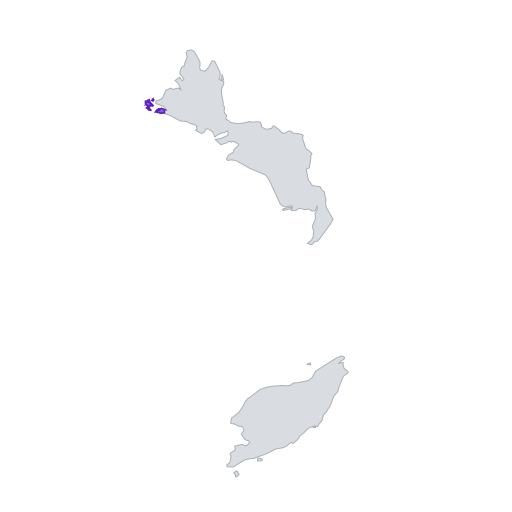 Kudat, Sabah, Malaysia (highlighted), rotated 260°
{"feature_id": "92858781B15931830971700", "entity_name": "Kudat", "entity_type": "district", "adm_level": 2, "iso_a3": "MYS", "parent_name": "Malaysia", "parent_adm1": "Sabah", "projection": "natural_earth1", "projection_center": [117.119, 7.0], "detail": "fine", "context": "in_parent", "style": "filled", "palette": "violet", "viewbox_px": 512, "rotation_deg": 260, "n_neighbors": 0, "source": "geoboundaries", "source_scale": "gbopen_adm2", "svg_char_len": 8098}
<svg xmlns="http://www.w3.org/2000/svg" viewBox="0 0 512 512"><g transform="rotate(260 256 256)"><path d="M433.5,254.5L430.8,254.0L427.0,251.3L423.1,250.3L411.9,250.3L410.3,249.5L408.1,251.0L404.2,249.7L402.0,249.9L399.5,251.5L396.0,250.0L394.3,252.4L392.0,254.0L389.6,260.4L389.1,268.1L389.6,272.9L388.4,275.5L388.0,280.9L387.1,283.3L383.9,284.3L382.6,283.5L379.7,286.8L379.0,288.2L378.9,293.4L381.1,295.2L381.1,296.3L376.5,300.6L372.5,303.2L371.9,305.4L373.4,310.0L372.8,312.2L370.7,313.3L369.1,319.2L367.2,323.0L366.5,323.4L363.7,322.2L353.1,323.8L350.0,326.9L347.0,328.9L344.6,327.0L343.4,327.2L333.5,323.8L333.1,321.0L332.1,320.5L321.9,320.7L315.5,323.7L313.2,331.2L309.8,332.0L307.3,334.5L302.9,334.3L300.2,334.9L295.9,333.7L291.8,333.6L278.8,338.3L274.6,334.9L261.9,321.6L260.1,319.3L259.7,315.2L258.3,314.4L257.8,313.3L257.6,312.1L259.6,308.8L261.6,313.1L264.8,315.5L270.2,317.1L275.4,316.6L282.5,321.0L284.8,321.6L287.3,321.3L291.7,324.7L294.5,324.8L290.9,322.5L290.2,320.7L290.6,318.8L293.0,316.1L293.3,312.0L295.1,307.9L295.5,306.0L294.2,304.5L293.9,302.0L294.9,298.5L297.3,300.3L299.3,299.8L299.3,293.4L300.8,290.7L303.3,288.8L327.7,282.4L331.7,280.9L334.4,279.0L343.2,265.4L353.6,252.7L355.0,248.2L355.0,245.0L355.6,244.3L356.7,243.8L359.0,245.5L360.2,246.7L362.4,252.2L364.4,252.4L367.8,257.6L368.6,258.2L369.6,257.9L372.3,254.6L373.0,252.1L372.4,251.7L373.7,248.9L372.6,247.1L371.7,240.7L377.8,236.1L377.8,241.3L379.5,249.0L382.6,250.1L384.2,249.6L383.3,247.3L383.0,242.8L382.2,239.8L380.3,236.1L385.4,235.2L389.3,231.2L389.9,228.6L387.4,227.1L386.4,225.2L386.4,223.1L390.4,218.2L390.9,219.6L393.4,220.0L394.6,219.9L396.4,218.0L397.3,215.2L400.4,211.2L402.1,204.9L409.9,195.0L416.0,183.1L417.3,184.1L417.6,187.2L416.3,192.8L419.0,191.5L423.7,183.6L426.4,184.9L426.3,187.1L427.4,191.0L435.0,196.2L436.1,201.3L434.4,203.2L435.0,208.1L434.4,209.7L431.9,211.1L438.8,209.7L442.9,206.8L445.3,211.7L441.4,213.6L442.2,215.6L445.9,214.4L448.2,212.7L450.5,213.1L454.0,215.1L455.1,216.2L455.8,218.5L458.4,219.4L463.7,222.7L468.6,222.6L470.2,224.3L470.1,228.5L467.5,231.0L457.5,234.4L454.8,234.3L451.1,233.1L448.5,233.8L446.8,237.9L449.9,241.9L455.1,246.1L455.8,247.2L454.8,249.2L443.0,252.5L440.5,252.2L436.2,250.2L433.5,254.5ZM52.1,197.0L53.4,191.2L55.3,190.9L57.1,194.3L63.3,196.8L65.1,196.0L66.0,196.5L66.8,197.4L68.5,202.0L72.5,202.0L72.9,209.3L71.1,212.1L70.8,214.0L73.7,217.4L75.4,216.6L76.8,213.5L83.4,210.5L86.0,213.8L88.5,213.8L90.3,212.6L91.7,208.7L94.3,205.7L95.4,202.1L99.1,203.0L100.6,203.8L104.8,211.7L110.3,217.2L114.5,220.2L117.0,223.2L123.9,237.3L124.7,241.9L125.0,248.9L123.9,259.4L122.6,264.7L122.8,267.2L124.5,271.0L124.0,274.6L124.2,285.9L126.3,289.9L132.3,294.8L141.2,316.5L142.7,322.7L141.8,325.0L140.2,325.6L138.9,324.4L138.0,321.4L136.0,319.0L136.2,323.3L132.4,322.8L129.7,323.4L126.5,326.4L125.0,326.5L122.3,321.0L112.2,314.8L108.5,313.2L104.6,308.4L95.8,303.2L90.2,298.1L87.9,295.0L82.2,292.2L79.7,288.9L77.3,287.1L78.6,283.9L77.4,277.8L73.4,272.2L71.4,268.4L67.6,264.5L64.7,259.7L66.5,258.3L63.5,253.1L62.5,249.4L62.6,242.3L59.6,232.4L57.0,218.6L57.5,213.8L56.9,208.6L52.1,197.0ZM424.0,178.6L422.7,179.9L422.3,176.2L424.1,174.3L426.7,173.9L426.8,177.3L426.2,178.2L424.0,178.6ZM46.2,196.4L47.7,199.1L46.5,200.7L45.6,200.3L43.9,201.5L42.0,198.9L41.8,197.6L44.0,197.8L46.2,196.4ZM298.1,299.0L297.5,299.3L296.4,298.4L296.2,290.7L296.9,290.0L297.9,291.5L298.1,299.0ZM56.7,223.1L55.0,226.8L53.4,226.4L53.7,222.2L54.7,221.7L56.7,223.1ZM440.3,254.1L437.2,254.6L435.1,254.6L435.4,252.5L436.4,252.2L440.3,254.1ZM141.3,291.0L139.7,291.1L139.3,290.1L140.5,287.4L141.3,291.0ZM77.8,284.5L76.7,284.9L76.8,283.4L77.6,282.5L77.8,284.5Z" fill="#d9dde1" stroke="#a8b0b8" stroke-width="1"/><path d="M413.1,190.6L413.0,190.8L413.3,190.8L414.0,190.8L414.2,191.0L414.4,191.0L415.5,191.0L415.6,191.3L415.6,191.7L415.6,192.0L416.3,191.0L416.0,191.0L416.0,190.9L416.4,190.8L416.9,190.0L417.0,189.6L417.5,189.1L417.6,188.8L417.9,188.6L417.7,188.2L417.7,187.8L417.8,187.4L418.0,187.3L417.9,187.3L417.7,187.3L417.4,186.9L417.8,186.5L417.8,186.4L417.6,186.5L417.2,186.4L416.8,186.4L416.6,186.6L416.5,186.4L416.3,186.3L416.3,186.1L416.3,185.9L416.3,185.7L416.6,186.0L416.8,186.1L417.0,185.9L417.0,185.7L417.3,185.7L417.4,185.9L417.6,185.9L417.7,186.0L417.8,186.0L417.9,185.9L417.9,185.7L417.7,185.5L417.3,184.5L417.4,184.3L417.4,184.1L417.2,183.8L417.0,183.7L416.9,183.6L416.7,183.6L416.6,183.2L416.3,182.9L416.2,182.8L416.1,182.5L415.7,182.2L415.3,181.9L415.3,182.2L415.3,182.3L415.2,182.5L414.8,183.4L414.8,183.5L415.0,183.5L414.9,183.6L414.9,183.8L414.5,183.9L414.4,184.0L414.5,184.2L414.5,184.7L414.0,185.7L413.7,186.0L413.1,186.3L413.1,187.0L413.4,187.2L413.5,187.2L413.7,187.4L413.6,187.5L413.3,187.6L413.1,187.9L413.2,188.1L412.9,188.3L412.8,188.5L413.0,188.8L412.9,189.0L413.0,189.2L413.2,189.9L413.1,190.3L413.0,190.5L413.1,190.6ZM426.6,173.9L426.3,173.8L426.1,173.7L425.6,173.7L425.5,173.8L425.4,173.9L425.2,173.9L425.1,173.7L424.9,173.8L424.8,174.0L424.6,174.2L424.4,174.2L424.2,173.9L424.2,174.0L424.1,174.3L423.9,174.5L423.6,174.9L423.4,174.8L423.3,175.0L423.2,174.9L422.9,175.0L422.7,175.2L422.5,175.3L422.4,175.4L422.3,175.7L422.4,176.3L422.4,176.6L422.2,176.9L422.3,177.1L422.1,177.4L422.1,177.5L422.3,177.6L422.3,177.8L422.2,177.8L422.1,178.0L422.3,178.2L422.2,178.4L422.6,178.4L422.5,178.6L422.3,178.8L422.4,179.1L422.3,179.5L422.2,179.6L422.3,179.7L422.5,179.8L422.6,180.0L422.5,180.3L422.7,180.2L422.9,179.8L423.0,179.7L422.9,179.6L422.9,179.4L423.1,179.3L423.3,179.2L423.6,178.9L423.8,178.8L423.9,178.7L424.2,178.5L424.4,178.3L424.5,178.3L424.7,178.1L425.0,178.0L425.6,178.1L425.9,178.0L425.9,177.8L426.1,177.6L426.1,177.4L426.2,177.5L426.3,177.5L426.3,177.3L426.4,177.1L426.3,177.4L426.3,177.8L426.2,178.1L426.3,178.2L426.6,178.1L426.5,177.9L426.6,177.6L426.9,177.5L427.0,177.2L427.1,176.9L427.1,176.6L426.8,176.6L426.6,176.6L426.6,176.4L426.9,176.2L427.0,176.1L426.7,176.1L426.7,175.9L426.9,175.4L426.9,175.2L427.0,175.1L427.3,174.9L427.4,174.6L427.2,174.4L427.3,174.3L427.2,174.3L427.0,173.9L426.9,174.0L426.6,173.9ZM421.3,175.5L421.4,174.8L421.2,173.9L420.9,173.8L420.9,174.0L420.7,174.1L420.7,174.6L420.4,174.8L420.1,174.9L419.8,175.2L419.4,175.4L419.2,175.5L419.2,175.2L418.9,175.4L418.9,175.5L418.7,175.5L418.4,175.8L418.4,176.0L418.2,176.3L418.1,176.5L418.0,177.0L417.7,177.8L417.9,177.9L418.2,177.7L418.6,177.5L418.5,177.4L418.4,177.2L418.3,177.3L418.2,177.4L418.3,177.1L418.6,177.2L418.8,177.1L418.8,176.8L419.1,176.7L419.3,176.9L419.7,176.7L419.9,176.5L420.0,176.5L420.4,176.7L420.6,176.7L420.6,176.2L420.2,176.0L420.2,175.9L420.2,175.5L420.5,175.1L420.9,175.2L420.8,175.4L420.8,175.5L421.0,175.8L421.4,175.9L421.5,175.8L421.3,175.5ZM427.9,181.1L427.5,180.8L427.5,181.1L427.4,181.1L427.2,181.1L427.3,181.0L427.3,180.9L427.1,180.9L426.8,181.0L426.7,181.3L426.8,181.5L426.9,181.4L427.1,181.6L426.9,181.6L426.7,181.5L426.7,181.8L426.9,181.8L427.0,181.8L427.0,182.0L427.2,182.3L427.3,182.3L427.5,182.5L428.0,182.2L427.9,182.0L427.9,181.9L428.0,181.9L428.0,182.0L428.4,181.9L428.5,181.9L428.4,181.8L428.5,181.7L428.4,181.6L428.4,181.4L428.2,181.4L428.2,181.2L427.8,181.2L427.9,181.1ZM425.3,178.4L425.2,178.3L424.9,178.5L424.7,178.5L424.6,178.8L424.4,179.0L424.5,179.1L424.7,178.9L424.9,178.8L425.0,178.8L425.3,178.8L425.4,178.7L425.4,178.4L425.3,178.4ZM428.0,176.7L427.9,176.7L427.6,176.7L427.3,177.1L427.6,177.3L427.5,177.6L427.7,177.3L427.9,176.9L428.0,176.7ZM424.2,178.9L423.9,178.9L423.7,179.2L423.5,179.3L423.6,179.5L423.7,179.4L423.8,179.4L423.7,179.5L423.8,179.7L424.0,179.7L424.2,179.3L424.2,179.1L424.2,178.9ZM428.0,177.0L427.9,177.1L427.9,177.3L428.2,177.3L428.3,177.1L428.2,177.0L428.0,177.0ZM422.1,180.5L421.8,180.5L422.0,180.8L422.2,180.7L422.1,180.5ZM427.3,175.6L427.4,175.4L427.5,175.2L427.4,175.1L427.2,175.4L427.2,175.6L427.3,175.6ZM428.1,177.6L427.9,177.8L428.3,177.9L428.2,177.7L428.1,177.6ZM427.1,180.6L426.8,180.9L427.1,180.8L427.1,180.6ZM423.4,179.5L423.4,179.4L423.1,179.5L423.4,179.5ZM424.2,178.8L424.4,178.7L424.2,178.6L424.2,178.8ZM422.9,180.3L423.0,180.2L422.8,180.2L422.9,180.3Z" fill="#8b5cf6" stroke="#5b21b6" stroke-width="1.5"/></g></svg>